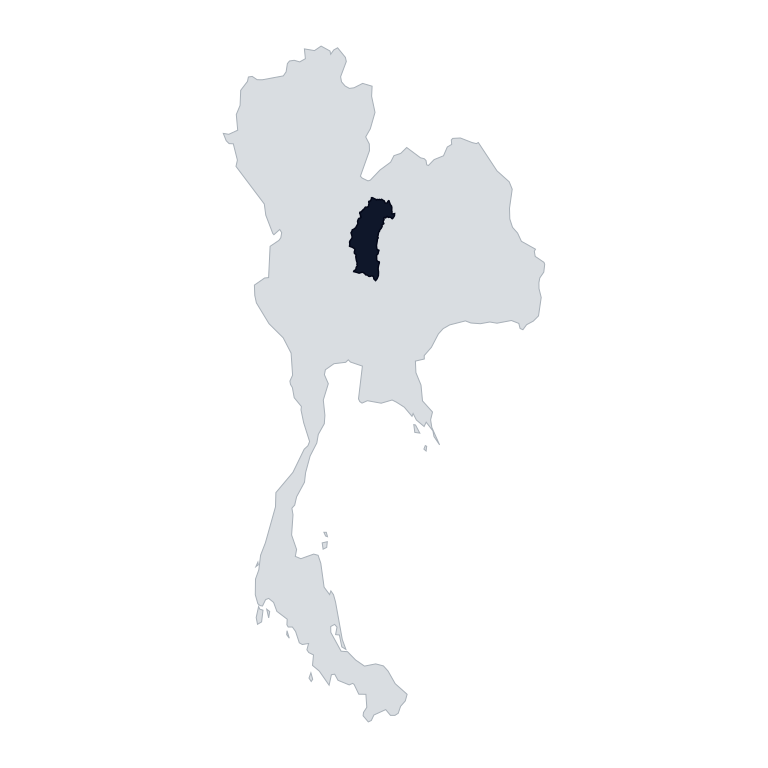 where Phetchabun sits in Thailand
{"feature_id": "THA-402", "entity_name": "Phetchabun", "entity_type": "Province", "adm_level": 1, "iso_a3": "THA", "parent_name": "Thailand", "parent_adm1": "", "projection": "natural_earth1", "projection_center": [101.234, 16.209], "detail": "fine", "context": "in_parent", "style": "filled", "palette": "ink", "viewbox_px": 768, "rotation_deg": 0, "n_neighbors": 0, "source": "natural_earth", "source_scale": "10m", "svg_char_len": 9028}
<svg xmlns="http://www.w3.org/2000/svg" viewBox="0 0 768 768"><path d="M330.0,51.0L330.7,54.3L333.7,50.0L337.6,47.8L345.4,57.4L346.3,61.5L340.6,76.7L341.5,81.8L345.1,86.0L349.4,88.4L354.0,87.8L362.6,83.4L372.1,86.2L371.6,96.3L375.0,112.4L370.3,128.8L365.7,136.9L369.3,144.0L369.5,150.6L360.4,176.2L362.2,178.1L368.0,180.9L370.4,180.1L380.0,170.0L390.6,162.2L394.0,155.6L400.7,153.4L406.7,147.5L420.5,157.8L424.2,158.7L426.0,160.5L426.7,164.8L428.4,165.5L434.1,159.6L443.5,155.8L447.3,147.0L451.7,144.4L451.3,140.0L452.7,138.4L460.4,138.0L472.2,142.6L476.4,143.6L478.3,142.5L497.0,170.9L509.2,181.8L512.2,189.2L509.5,208.2L509.8,219.0L512.5,227.3L517.6,233.1L521.4,241.3L535.5,249.2L534.3,251.3L535.2,256.4L544.0,262.4L544.7,264.4L543.8,272.1L539.8,277.9L538.9,282.7L539.0,288.6L541.2,297.5L538.5,315.9L533.3,321.1L526.6,324.7L522.9,329.7L520.1,328.5L518.8,323.4L511.4,320.5L497.0,323.2L489.8,322.0L480.3,323.7L470.9,323.0L465.4,320.9L449.7,324.9L443.2,328.6L438.4,333.9L431.4,347.3L424.2,355.6L424.3,359.0L415.4,361.1L415.9,372.6L421.0,385.1L422.5,400.9L432.5,412.0L430.6,419.8L431.8,427.4L439.6,444.9L434.0,436.6L432.9,430.9L426.2,422.2L424.1,426.5L416.4,420.0L413.1,413.5L412.0,416.3L404.3,407.2L396.5,402.2L392.1,400.0L381.2,403.2L367.4,400.7L362.0,403.1L359.8,401.6L358.5,398.9L362.4,366.1L350.4,362.0L348.3,359.8L345.7,362.3L334.0,363.7L325.4,369.7L324.4,374.7L328.3,383.7L323.3,400.0L324.9,415.3L324.3,423.7L318.3,434.4L316.8,443.0L310.1,456.0L305.6,472.6L304.5,482.2L296.6,496.8L294.7,505.1L291.9,508.2L293.0,514.8L291.6,535.0L296.6,549.5L295.3,556.4L300.8,558.7L313.7,554.1L318.1,555.3L320.8,563.3L324.1,587.2L329.6,594.6L330.9,590.9L333.5,594.7L335.5,601.9L342.3,639.6L345.9,649.4L341.8,646.9L339.4,635.0L335.6,634.6L337.0,627.1L334.6,624.4L330.7,626.5L330.8,632.4L341.1,651.2L347.5,651.7L355.6,660.0L364.5,666.1L375.7,663.9L383.4,665.9L388.0,671.0L395.2,683.7L407.1,694.3L405.3,700.9L400.6,706.3L398.2,713.3L394.9,715.4L390.5,715.4L385.7,709.6L373.9,715.0L371.3,720.5L368.3,721.9L363.1,715.8L363.5,712.4L366.8,707.3L365.9,694.3L358.8,694.2L354.1,684.4L352.6,683.4L349.2,684.9L338.0,680.3L334.7,674.2L331.4,674.7L329.1,685.2L319.3,671.1L312.5,665.4L313.5,654.9L308.8,652.6L306.9,649.8L308.6,643.5L302.3,644.5L299.3,642.8L295.6,631.5L292.4,627.0L288.2,627.0L286.9,624.8L287.2,619.2L276.9,611.4L273.6,602.4L268.7,598.4L265.6,599.6L262.5,606.0L260.1,605.6L257.9,603.8L255.3,594.8L255.5,579.1L258.8,569.9L260.6,555.2L265.4,542.8L275.5,506.8L275.9,492.6L292.9,472.4L304.2,449.2L307.9,445.8L309.6,441.5L303.7,422.8L301.0,409.9L301.4,406.5L294.2,397.7L292.4,387.6L290.5,384.4L289.9,381.1L292.6,375.2L291.1,353.1L283.2,337.8L269.0,323.7L256.4,302.9L254.8,295.5L254.4,285.1L264.6,278.0L268.6,277.6L270.1,246.3L278.9,240.4L280.8,237.8L281.7,232.6L279.7,229.5L273.9,234.7L272.8,233.5L265.8,215.2L264.3,204.0L236.0,166.4L237.4,160.1L233.3,143.8L229.1,143.6L226.2,140.7L223.3,133.4L228.8,134.3L237.7,130.2L236.3,114.5L240.1,105.4L240.7,90.3L247.5,81.4L248.4,77.0L252.2,76.4L257.1,79.7L262.2,79.8L283.3,75.9L286.1,71.9L287.4,63.6L289.5,61.0L294.2,60.3L299.7,61.9L305.4,58.7L304.4,48.9L314.5,50.6L321.1,46.1L330.0,51.0ZM263.0,610.2L261.6,621.9L257.5,624.3L256.2,617.5L258.6,606.5L259.7,609.1L263.0,610.2ZM327.3,541.7L326.7,547.4L323.1,549.2L322.2,542.9L327.3,541.7ZM415.5,425.0L419.8,433.1L414.8,432.4L413.8,424.6L415.5,425.0ZM311.2,681.5L309.0,678.1L310.9,672.8L312.7,679.3L311.2,681.5ZM269.7,611.5L268.7,617.9L266.7,609.2L269.7,611.5ZM327.5,536.7L325.6,536.0L323.9,532.3L326.3,532.3L327.5,536.7ZM287.0,630.7L289.3,638.2L286.7,634.7L287.0,630.7ZM426.7,446.3L426.1,451.0L423.9,449.1L425.3,445.6L426.7,446.3ZM258.3,564.8L255.9,566.6L257.9,562.1L258.3,564.8Z" fill="#d9dde1" stroke="#a8b0b8" stroke-width="1"/><path d="M394.6,213.6L394.5,214.7L394.5,214.9L394.5,215.2L394.5,215.5L394.0,216.6L393.3,217.5L393.1,218.0L392.8,218.1L392.6,218.3L392.4,218.5L392.2,218.7L391.9,218.5L391.6,218.3L391.0,217.5L390.9,217.4L390.5,217.3L390.1,217.2L389.6,217.1L389.1,217.2L388.7,217.4L388.4,217.4L388.2,217.3L388.0,217.2L387.9,217.1L387.6,216.7L387.4,216.5L387.2,216.4L387.1,216.5L386.9,216.5L386.6,216.8L386.3,217.1L386.2,217.1L386.1,217.3L385.8,217.7L385.7,217.8L385.4,217.9L385.0,217.8L384.6,217.6L384.4,217.5L384.2,217.5L383.9,217.6L383.8,217.8L383.7,218.0L383.7,218.7L383.8,218.9L383.8,219.1L384.0,219.4L384.0,219.6L384.0,219.8L383.8,220.2L383.6,220.3L383.4,220.5L383.3,220.8L383.2,221.2L383.2,222.1L383.3,222.5L383.4,222.8L383.7,223.1L383.8,223.2L383.8,223.4L383.8,223.6L383.7,223.8L383.0,224.2L382.6,224.6L382.2,224.9L382.0,225.0L381.9,225.3L381.9,225.5L382.1,226.2L382.1,226.4L382.1,226.6L381.9,226.9L381.8,227.1L381.7,227.4L381.5,227.6L381.4,227.8L381.2,228.3L381.0,228.6L380.7,228.8L380.0,229.7L379.7,229.9L379.6,230.1L379.5,230.4L379.6,230.6L379.6,230.9L379.5,231.1L379.4,231.3L379.3,231.5L379.2,231.6L378.9,231.9L378.7,232.1L378.6,232.3L378.0,235.8L377.9,236.0L377.7,236.3L377.5,236.5L377.4,236.8L377.5,237.0L377.8,237.4L378.1,237.5L378.1,237.9L378.0,238.3L377.9,238.5L377.7,238.7L377.6,238.9L377.5,239.0L377.3,239.3L377.3,239.5L377.3,240.1L377.3,240.6L376.5,245.2L376.5,245.6L376.7,248.0L376.9,248.7L377.0,249.2L377.2,249.5L377.3,249.6L377.6,249.9L377.9,249.9L378.2,250.0L378.5,250.1L378.8,250.2L378.8,250.4L378.9,250.5L378.8,250.8L378.4,251.8L378.1,253.4L378.0,253.8L377.8,254.0L377.6,254.2L377.4,254.4L377.1,254.7L376.9,254.9L376.8,255.1L376.7,255.2L376.6,255.4L376.6,255.9L376.7,259.9L376.8,260.2L376.9,260.5L377.8,261.5L378.1,261.6L378.6,261.6L378.9,261.7L379.0,261.7L379.1,261.8L379.2,262.1L379.3,262.2L379.3,262.4L379.3,262.8L379.2,263.3L378.6,265.3L378.3,266.9L378.1,268.9L378.1,269.3L378.3,269.9L378.3,270.7L378.5,271.5L378.5,273.3L378.4,274.4L378.4,275.4L378.3,275.8L377.2,278.5L376.9,279.0L375.6,280.6L374.1,279.2L373.8,278.7L373.8,278.1L373.7,277.7L373.6,277.3L373.3,276.6L373.1,276.3L372.9,276.2L372.5,276.1L371.5,275.9L371.4,275.9L370.3,276.3L369.9,276.4L369.3,276.4L368.9,276.3L368.6,276.2L367.5,275.1L367.3,274.9L367.1,274.9L366.8,274.9L366.3,275.0L366.0,274.9L365.8,274.9L365.7,274.8L365.5,274.6L365.2,274.1L363.3,272.5L363.0,272.3L362.8,272.3L362.2,272.3L361.1,272.5L359.4,273.1L359.2,273.1L358.9,273.1L357.2,272.5L353.7,271.6L354.0,270.8L354.3,270.5L355.0,270.2L355.3,270.0L355.7,269.5L355.9,269.2L356.1,268.1L356.2,267.5L356.2,267.3L356.3,267.1L357.3,265.9L357.4,265.5L357.3,265.2L356.9,264.4L356.9,264.1L357.0,263.8L357.2,263.4L357.3,263.3L357.3,263.1L357.2,262.8L356.8,261.8L356.4,260.4L355.9,257.6L355.8,256.4L355.9,256.2L356.0,255.7L356.0,255.3L356.0,254.9L356.0,254.7L355.8,254.4L355.5,254.0L355.2,253.9L354.6,253.6L354.5,253.4L354.4,253.2L354.3,251.8L354.9,249.9L354.9,249.3L354.8,249.1L354.2,248.5L353.8,248.1L353.4,248.0L352.5,247.3L352.2,247.2L349.6,246.3L349.5,246.2L349.6,245.6L349.8,244.2L349.8,243.9L349.6,242.3L349.6,242.1L349.6,241.9L349.8,241.4L350.0,240.9L351.7,238.5L351.9,238.0L352.0,237.8L352.1,237.5L352.1,237.1L352.1,236.9L352.1,236.7L351.7,234.9L351.0,232.8L351.9,231.3L352.1,230.5L352.2,230.0L352.3,229.8L352.5,229.7L353.2,229.5L353.9,229.1L355.0,228.2L355.3,228.0L355.8,227.9L355.9,227.6L356.0,227.1L356.3,226.5L357.6,224.3L357.8,223.7L357.9,223.3L357.9,223.1L357.8,222.8L357.7,222.1L357.6,221.6L357.6,221.4L357.6,221.1L358.2,219.5L358.3,219.2L359.0,218.4L359.2,218.2L359.5,218.2L359.9,218.2L360.1,218.1L360.3,218.0L360.9,217.4L361.0,217.2L361.0,216.9L360.7,216.6L360.6,216.4L360.5,216.1L360.6,215.6L360.6,215.4L360.5,215.1L360.3,214.9L360.3,214.7L360.3,214.3L360.2,214.2L360.1,213.9L359.8,213.6L359.8,213.4L359.7,213.1L359.8,212.6L359.9,212.3L360.1,212.1L360.3,212.1L360.5,212.0L360.9,212.1L361.2,211.9L362.0,210.9L362.5,210.5L363.0,209.8L363.1,209.7L363.5,209.5L363.8,209.3L364.1,208.9L365.3,207.2L365.5,207.1L366.4,207.2L367.7,207.1L367.8,206.9L368.0,206.8L368.0,206.6L368.2,206.4L368.4,206.3L368.6,206.2L368.7,205.8L368.6,205.1L368.7,204.9L368.7,204.5L368.9,204.0L369.0,203.3L369.0,203.2L369.0,202.9L368.8,202.4L368.7,202.2L368.7,201.9L368.8,201.5L368.9,201.4L369.0,201.3L369.1,201.2L369.3,201.2L369.7,201.1L370.0,201.1L370.3,201.0L370.4,200.9L370.5,200.8L370.6,200.6L370.7,200.4L370.9,199.9L371.2,199.5L371.3,199.4L371.4,199.1L371.5,198.8L371.5,198.6L371.4,198.3L371.4,198.1L371.4,197.9L371.5,197.8L371.6,197.7L372.0,197.6L373.1,198.0L374.5,198.8L375.7,199.3L375.9,199.4L376.0,199.7L376.2,199.8L376.4,199.9L376.6,199.9L377.0,199.6L377.3,199.5L377.6,199.5L377.8,199.5L378.6,199.7L378.9,199.7L379.0,199.7L379.4,199.4L379.6,199.4L379.8,199.5L380.2,199.7L380.5,199.8L380.8,199.8L381.4,199.4L381.5,199.3L381.8,199.4L382.1,199.6L383.2,200.4L383.4,200.5L384.0,200.7L384.1,200.8L384.3,201.0L385.0,202.8L385.5,203.1L385.9,203.2L386.3,203.2L386.5,203.1L387.2,202.8L387.3,202.7L387.5,202.5L387.6,202.2L387.7,201.9L387.8,201.6L388.2,201.1L388.4,200.9L388.6,200.8L388.7,200.7L388.9,200.8L389.1,200.9L389.3,201.9L390.4,204.7L390.6,204.9L391.3,205.8L391.5,206.0L391.6,206.6L391.8,207.3L391.8,208.0L391.7,210.5L392.0,211.6L392.0,211.8L392.0,212.0L391.9,212.7L391.8,213.1L391.8,213.3L392.0,213.6L392.1,213.8L392.4,213.9L393.0,213.9L394.6,213.6Z" fill="#0f172a" stroke="#020617" stroke-width="1.5"/></svg>